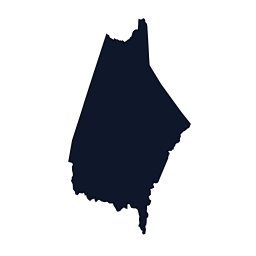 Solonópole, Ceará, Brazil, rotated 354°
{"feature_id": "56859067B36199820479004", "entity_name": "Solonópole", "entity_type": "district", "adm_level": 2, "iso_a3": "BRA", "parent_name": "Brazil", "parent_adm1": "Ceará", "projection": "mercator", "projection_center": [-38.993, -5.778], "detail": "fine", "context": "isolated", "style": "filled", "palette": "ink", "viewbox_px": 256, "rotation_deg": 354, "n_neighbors": 0, "source": "geoboundaries", "source_scale": "gbopen_adm2", "svg_char_len": 3054}
<svg xmlns="http://www.w3.org/2000/svg" viewBox="0 0 256 256"><g transform="rotate(354 128 128)"><path d="M108.8,209.2L109.8,209.3L110.9,209.1L111.7,208.6L112.4,207.7L114.7,206.2L116.1,205.7L117.3,207.0L118.3,207.5L118.5,205.7L118.6,204.5L119.4,202.8L120.7,202.9L122.0,203.4L122.5,204.5L122.9,205.8L123.6,207.3L124.7,207.5L126.3,208.0L127.8,207.9L128.6,208.9L129.8,210.2L130.0,211.8L130.2,212.8L130.3,214.2L130.5,215.8L130.9,216.9L130.4,218.8L130.1,220.3L130.1,221.9L130.2,224.0L129.4,225.4L128.9,226.5L129.8,227.1L131.0,230.5L132.7,231.4L131.8,233.9L132.5,234.7L133.5,234.5L133.9,232.8L134.2,231.8L134.5,230.3L134.2,228.9L134.3,227.0L135.3,226.0L135.7,224.6L136.1,222.7L136.3,221.0L136.4,220.0L136.6,218.7L137.9,218.4L138.3,217.3L138.5,216.2L138.2,214.8L137.3,214.1L137.2,213.0L137.4,211.5L137.8,210.0L137.8,208.4L138.1,207.2L138.8,206.3L140.1,206.6L141.0,206.2L141.7,205.2L142.1,204.2L142.7,202.9L142.0,202.1L141.0,201.5L141.2,200.6L140.7,199.0L140.9,197.3L141.9,197.0L143.1,196.4L143.1,195.0L143.3,193.6L143.3,192.6L142.6,191.4L143.9,190.4L145.8,190.0L147.0,189.5L146.9,188.5L146.2,187.1L146.6,186.2L147.2,185.3L147.4,184.0L148.5,184.6L149.7,185.2L150.9,185.1L151.8,184.7L153.4,181.6L163.4,163.4L164.1,162.2L164.2,161.0L164.9,159.5L164.7,158.5L165.9,158.0L165.7,157.0L165.0,156.2L164.6,155.1L165.6,154.6L166.9,154.1L168.5,154.6L169.4,153.5L170.7,153.2L170.6,152.2L171.2,151.3L172.4,150.3L172.8,149.0L173.8,147.8L175.5,147.5L176.7,147.0L177.7,146.0L177.6,144.6L178.1,143.0L179.0,141.6L178.6,140.5L179.0,139.5L179.8,138.7L180.8,138.1L181.9,136.8L183.0,136.5L184.1,136.0L185.4,135.1L186.7,134.1L188.2,133.7L189.0,132.8L189.4,131.6L190.1,130.6L181.9,117.7L165.5,89.2L164.6,87.6L155.3,67.9L155.7,57.8L156.2,49.4L157.0,31.2L157.1,28.4L156.9,26.4L156.2,25.8L155.5,24.2L155.6,22.3L154.9,21.3L153.8,21.7L152.6,22.3L151.3,22.1L150.5,21.5L150.1,22.8L150.0,24.0L149.8,25.4L149.6,27.0L149.2,28.6L149.0,30.4L148.6,31.7L147.4,31.9L146.5,31.5L145.5,31.7L144.0,32.6L143.2,33.6L142.7,35.0L142.2,36.3L141.6,37.8L140.3,38.5L139.4,39.6L138.8,40.6L137.8,40.6L136.4,41.5L134.9,42.3L133.7,43.0L132.7,43.2L132.7,42.2L131.5,41.0L130.3,41.4L129.2,40.7L128.0,41.2L127.6,40.3L126.7,39.5L125.1,39.4L124.0,38.3L122.9,39.9L121.1,38.2L119.9,37.4L118.7,36.4L118.2,34.2L117.2,33.7L116.7,33.0L100.4,69.5L95.9,79.7L94.2,83.4L91.6,89.4L89.2,94.8L83.5,108.1L81.9,111.7L71.8,134.5L68.1,147.4L65.9,155.0L67.2,155.4L68.6,156.0L69.5,156.7L70.0,157.7L70.1,158.9L68.9,161.0L68.8,163.1L68.7,164.1L68.9,165.9L69.1,167.6L69.0,169.7L67.6,171.5L67.5,173.1L66.6,174.4L67.0,175.7L67.5,177.0L67.9,178.2L67.8,179.5L67.7,181.1L67.6,183.0L68.2,183.9L69.0,184.9L69.4,186.5L69.4,188.0L70.7,188.7L71.7,187.8L72.3,186.8L73.6,186.8L75.5,187.6L76.3,187.1L77.5,187.1L78.5,188.2L78.6,189.8L80.4,189.5L80.2,191.7L81.1,194.1L82.7,195.7L84.4,194.4L86.4,194.2L88.0,193.4L88.2,194.7L87.9,195.8L88.5,197.4L90.6,195.7L92.0,195.5L94.1,197.4L97.1,198.6L99.9,198.3L101.7,200.3L103.6,200.5L105.9,200.7L106.0,202.4L106.5,203.7L107.0,204.7L108.1,207.0L108.8,209.2Z" fill="#0f172a" stroke="#020617" stroke-width="1.5"/></g></svg>